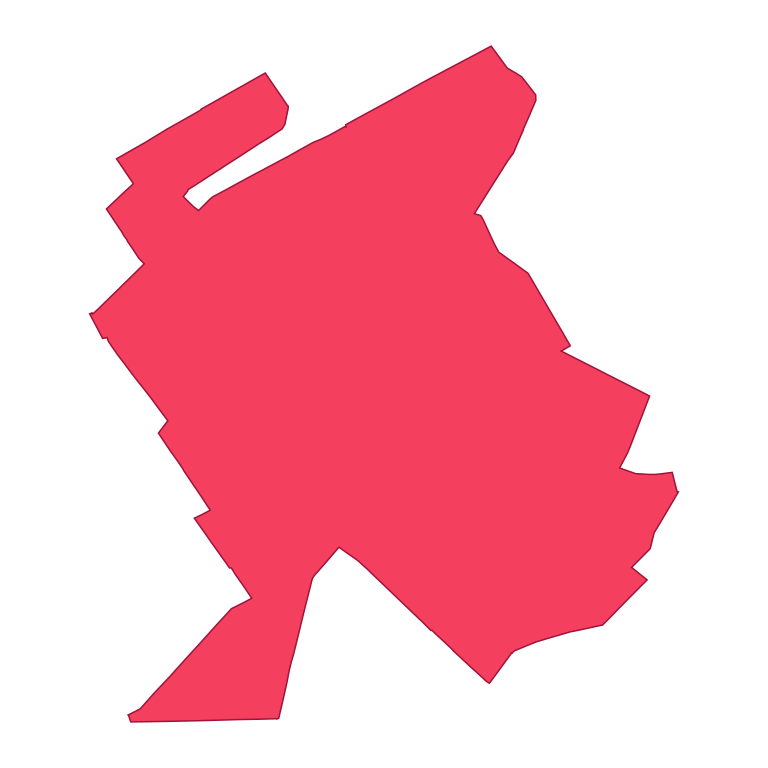 Otelec, Timis, Romania
{"feature_id": "2599482B41708368975708", "entity_name": "Otelec", "entity_type": "district", "adm_level": 2, "iso_a3": "ROU", "parent_name": "Romania", "parent_adm1": "Timis", "projection": "natural_earth1", "projection_center": [20.849, 45.575], "detail": "fine", "context": "isolated", "style": "filled", "palette": "rose", "viewbox_px": 768, "rotation_deg": 0, "n_neighbors": 0, "source": "geoboundaries", "source_scale": "gbopen_adm2", "svg_char_len": 3999}
<svg xmlns="http://www.w3.org/2000/svg" viewBox="0 0 768 768"><path d="M489.4,683.3L498.4,671.1L511.7,652.9L512.1,653.2L514.1,651.0L526.5,645.8L536.1,641.9L547.8,638.4L564.2,633.6L570.4,631.8L576.7,630.6L598.5,625.9L602.6,625.0L608.7,618.9L619.0,608.3L630.7,596.4L647.1,579.9L631.6,567.4L636.2,562.8L649.9,549.0L650.3,548.2L651.9,541.9L654.1,532.8L657.6,527.1L670.7,505.1L678.4,491.9L677.1,491.6L674.8,482.7L672.2,472.4L659.9,474.0L655.4,474.4L648.6,474.4L635.3,473.6L634.9,473.4L619.6,468.0L627.4,453.3L630.4,446.1L640.6,419.5L649.6,396.1L641.4,391.8L627.0,384.5L607.2,374.5L592.0,366.7L574.6,357.9L561.2,351.1L570.3,345.8L563.0,333.1L544.5,301.5L528.5,274.0L527.8,273.1L522.0,268.9L517.2,265.4L506.9,258.0L499.1,252.4L498.8,252.2L494.3,243.8L486.0,225.9L484.2,221.8L481.5,216.7L481.0,215.9L480.5,215.5L479.8,215.3L474.4,213.7L490.3,188.4L499.8,173.4L504.5,165.9L508.4,159.8L513.3,153.3L519.1,139.6L523.3,130.1L523.1,129.8L529.7,114.8L535.4,101.5L535.9,100.4L535.7,94.9L526.3,82.7L522.3,77.6L521.7,76.8L516.9,73.8L507.3,68.1L493.6,49.4L491.2,46.1L450.8,67.5L432.3,77.3L421.7,83.0L393.7,98.6L357.2,118.4L345.7,124.7L346.1,126.9L344.8,126.6L336.6,131.2L329.4,135.2L325.0,137.3L320.2,139.6L314.1,142.0L312.4,142.8L297.3,151.2L288.5,156.2L249.1,177.1L222.2,191.8L213.1,196.6L210.2,198.9L205.8,203.3L199.1,210.0L198.6,210.5L193.8,206.9L188.4,201.7L184.1,197.4L183.8,197.0L183.3,196.5L184.6,194.9L187.7,191.1L188.0,190.0L187.9,189.7L191.3,187.6L194.8,185.4L199.3,182.5L205.6,178.4L214.5,172.6L222.8,167.3L224.4,166.2L232.3,161.1L239.2,156.7L250.2,149.5L254.0,147.0L258.0,144.4L260.2,143.0L262.0,141.9L264.3,140.5L268.4,138.0L273.2,134.8L275.1,133.5L278.8,131.1L282.0,129.0L282.4,128.4L283.3,126.9L284.8,124.5L284.9,124.3L285.8,119.8L287.2,113.3L288.1,108.9L288.3,106.3L286.9,104.7L285.0,101.9L281.6,96.8L277.7,91.2L270.3,80.4L266.2,74.4L265.3,73.0L262.4,74.6L257.8,77.2L250.5,81.3L241.0,86.7L236.7,89.1L233.5,90.9L229.4,93.2L220.6,98.2L215.8,100.9L212.8,102.6L207.6,105.5L201.1,109.1L201.2,109.8L198.0,111.6L191.7,115.2L166.9,129.2L145.6,142.2L116.5,158.8L125.8,172.5L133.4,183.7L123.4,192.9L106.4,209.0L110.7,215.4L115.2,222.2L120.0,229.3L122.1,232.4L122.7,233.7L123.6,235.3L125.5,237.9L126.9,239.9L127.3,240.6L127.4,241.2L134.2,251.2L139.0,258.5L144.2,263.8L137.6,270.4L124.4,283.3L117.5,290.1L110.6,296.8L97.6,309.5L94.5,312.4L92.7,314.0L92.0,312.8L89.6,313.9L89.9,314.4L91.5,317.3L97.0,327.7L102.6,338.4L107.1,337.6L107.6,339.1L108.3,341.2L111.5,346.0L117.4,354.5L123.9,363.0L131.0,372.5L138.0,381.6L143.7,388.7L151.0,398.1L157.6,407.1L167.8,420.8L166.1,423.1L158.4,433.1L164.7,442.6L170.9,451.8L177.9,461.5L183.1,469.2L183.7,470.6L190.5,480.7L193.8,485.6L200.3,495.1L204.3,501.2L207.5,506.1L210.2,510.0L210.0,510.4L207.6,511.6L201.2,514.9L194.3,518.2L200.9,527.5L205.8,534.4L210.9,541.8L213.2,545.0L214.8,547.2L218.6,552.6L224.4,560.7L227.2,564.6L227.9,565.7L229.6,568.0L231.4,568.0L232.1,569.2L236.0,575.4L242.7,584.9L249.7,595.2L251.7,598.3L241.2,603.8L231.5,608.6L223.8,617.0L215.7,625.8L208.0,634.4L205.3,637.4L204.5,638.3L196.4,647.2L194.1,649.7L192.9,651.0L184.8,659.9L177.2,668.3L169.4,677.0L153.6,693.7L146.1,702.2L140.2,708.8L134.1,712.0L129.7,714.2L128.0,715.0L128.6,715.6L130.7,721.9L147.0,721.7L166.3,721.4L183.7,721.0L199.0,720.7L220.6,720.1L237.4,719.6L259.4,719.2L277.1,718.7L277.1,718.9L278.7,718.3L278.9,717.6L283.1,699.6L286.8,683.1L289.2,670.6L291.5,661.2L293.4,654.9L295.9,644.9L298.9,632.7L302.4,618.2L304.8,608.4L307.2,598.9L310.1,587.5L311.5,581.8L312.3,578.8L313.3,577.0L314.4,575.6L315.1,574.6L316.5,573.1L320.3,568.8L327.8,560.2L332.9,554.3L337.6,548.8L339.0,547.3L342.3,549.6L347.7,553.5L352.1,556.5L358.1,560.8L361.4,563.9L363.7,566.0L366.5,568.4L373.5,575.2L385.2,586.4L401.9,602.4L412.0,612.1L423.4,622.9L428.8,628.4L430.6,630.2L430.7,630.4L432.0,630.3L434.7,633.1L444.4,642.0L450.3,647.6L452.6,649.8L452.8,649.8L452.9,650.5L453.8,651.3L462.1,659.0L470.8,667.1L474.3,670.2L481.3,676.6L486.2,681.2L489.4,683.3Z" fill="#f43f5e" stroke="#9f1239" stroke-width="1.5"/></svg>